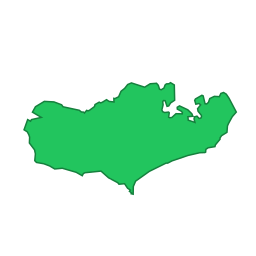 the district of Damnak Chang'aeur, Kep, Cambodia, rotated 287°
{"feature_id": "14789045B40625138600094", "entity_name": "Damnak Chang'aeur", "entity_type": "district", "adm_level": 2, "iso_a3": "KHM", "parent_name": "Cambodia", "parent_adm1": "Kep", "projection": "orthographic", "projection_center": [104.383, 10.512], "detail": "medium", "context": "isolated", "style": "filled", "palette": "green", "viewbox_px": 256, "rotation_deg": 287, "n_neighbors": 0, "source": "geoboundaries", "source_scale": "gbopen_adm2", "svg_char_len": 1898}
<svg xmlns="http://www.w3.org/2000/svg" viewBox="0 0 256 256"><g transform="rotate(287 128 128)"><path d="M95.9,29.1L94.9,32.8L92.6,35.1L90.5,36.6L84.8,38.1L79.8,45.0L76.2,47.0L69.5,48.4L68.3,50.5L69.2,58.0L68.8,64.2L67.4,69.9L70.3,76.9L70.5,91.4L69.0,98.2L71.3,98.6L72.6,99.8L78.9,114.8L74.7,124.0L72.7,134.2L71.6,135.8L73.7,141.0L70.3,145.2L69.3,148.5L67.9,147.9L67.0,150.2L66.1,150.2L66.2,152.3L73.6,150.2L79.4,150.8L92.8,161.1L105.5,174.6L106.0,176.2L109.5,179.8L119.3,193.4L125.3,203.8L127.0,208.7L127.6,209.3L130.3,208.7L132.5,210.4L135.6,216.6L137.4,216.5L144.2,219.3L145.4,218.9L148.0,219.7L152.8,223.9L159.1,222.5L161.7,222.8L169.3,224.4L174.9,226.9L186.0,215.9L189.1,212.1L189.9,209.0L188.2,206.7L184.7,206.2L183.5,201.3L180.1,197.6L176.0,197.4L174.0,196.2L173.7,194.6L180.7,190.5L180.9,189.1L175.5,184.0L173.9,183.7L170.6,185.9L172.2,188.8L171.3,190.7L166.8,188.9L164.5,190.1L161.6,194.4L160.3,195.0L158.8,194.8L157.9,193.2L159.5,190.5L158.1,188.3L156.0,188.5L152.9,190.4L153.1,183.3L156.3,182.0L158.2,186.6L160.3,184.9L162.9,179.9L164.2,170.8L162.2,169.0L160.5,169.6L159.6,174.1L158.7,175.5L157.4,175.7L155.7,169.7L150.9,166.9L150.0,164.9L150.2,163.7L154.6,163.0L155.1,162.2L153.5,158.5L153.7,156.5L155.1,155.1L160.4,154.8L163.3,153.5L164.6,153.9L165.0,155.5L160.1,159.0L161.0,160.5L164.4,161.4L168.2,164.5L182.7,159.7L183.8,155.4L182.3,154.2L181.4,151.8L180.0,150.9L176.7,150.7L174.3,148.6L174.3,146.8L177.7,144.5L179.1,142.2L176.8,136.3L171.9,132.0L172.1,118.1L169.5,115.0L164.9,113.2L161.1,110.6L155.1,109.9L152.3,106.9L152.2,105.8L148.8,107.0L147.9,102.1L148.8,99.2L144.9,95.7L144.0,94.4L144.3,92.9L140.8,89.6L138.7,89.7L133.7,86.0L132.7,84.8L132.8,83.3L129.6,82.0L130.2,80.9L129.7,78.7L130.7,76.2L129.3,59.7L130.8,57.7L131.3,49.6L129.0,40.2L121.3,33.3L115.2,32.0L112.8,42.0L107.8,33.2L106.0,32.8L106.7,29.6L95.9,29.1Z" fill="#22c55e" stroke="#15803d" stroke-width="1.5"/></g></svg>